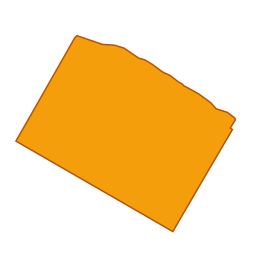 Buffalo, Nebraska, United States of America (orthographic projection), rotated 210°
{"feature_id": "52423323B63113999244824", "entity_name": "Buffalo", "entity_type": "district", "adm_level": 2, "iso_a3": "USA", "parent_name": "United States of America", "parent_adm1": "Nebraska", "projection": "orthographic", "projection_center": [-99.096, 40.85], "detail": "fine", "context": "isolated", "style": "filled", "palette": "amber", "viewbox_px": 256, "rotation_deg": 210, "n_neighbors": 0, "source": "geoboundaries", "source_scale": "gbopen_adm2", "svg_char_len": 491}
<svg xmlns="http://www.w3.org/2000/svg" viewBox="0 0 256 256"><g transform="rotate(210 128 128)"><path d="M211.7,60.6L93.6,60.7L37.4,60.7L37.2,120.0L36.8,179.0L39.4,179.0L39.1,188.9L40.6,190.0L49.8,191.2L61.3,188.7L68.8,191.2L83.8,192.9L100.7,192.5L103.0,193.2L107.3,193.1L117.5,194.5L126.2,193.8L138.2,195.2L147.9,195.4L153.5,193.8L171.4,195.2L181.2,192.9L192.0,187.6L218.4,182.4L219.2,179.2L218.7,104.9L218.5,60.6L211.7,60.6Z" fill="#f59e0b" stroke="#b45309" stroke-width="1.5"/></g></svg>